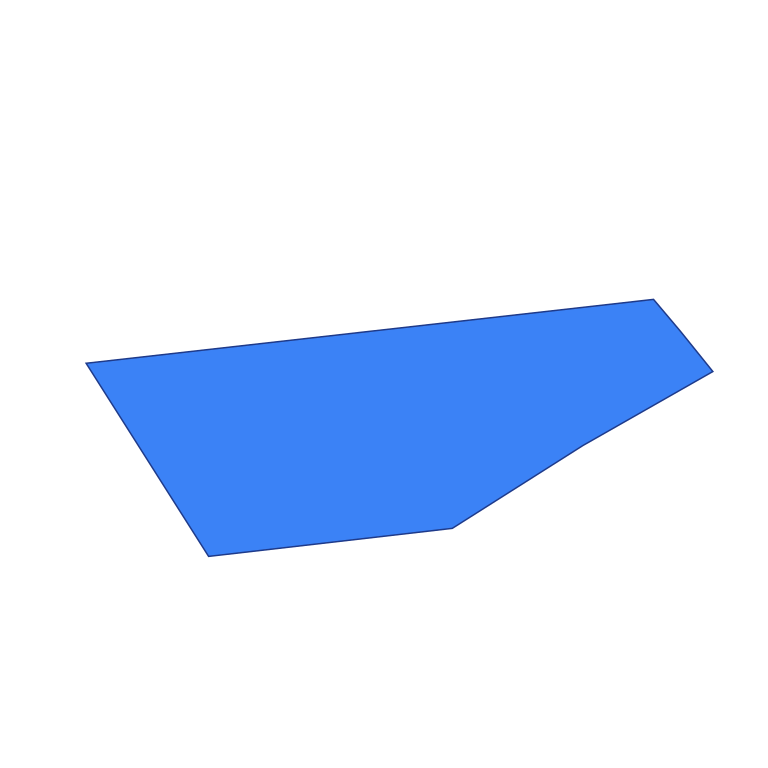 Nibok, Albers equal-area conic projection, rotated 313°
{"feature_id": "NRU-4974", "entity_name": "Nibok", "entity_type": "state/province", "adm_level": 1, "iso_a3": "NRU", "parent_name": "Nauru", "parent_adm1": "", "projection": "albers", "projection_center": [166.924, -0.513], "detail": "fine", "context": "isolated", "style": "filled", "palette": "blue", "viewbox_px": 768, "rotation_deg": 313, "n_neighbors": 0, "source": "natural_earth", "source_scale": "10m", "svg_char_len": 267}
<svg xmlns="http://www.w3.org/2000/svg" viewBox="0 0 768 768"><g transform="rotate(313 384 384)"><path d="M138.3,373.3L196.0,152.0L629.7,523.4L624.7,565.0L617.4,616.0L474.9,571.5L325.0,532.4L138.3,373.3Z" fill="#3b82f6" stroke="#1e3a8a" stroke-width="1.5"/></g></svg>